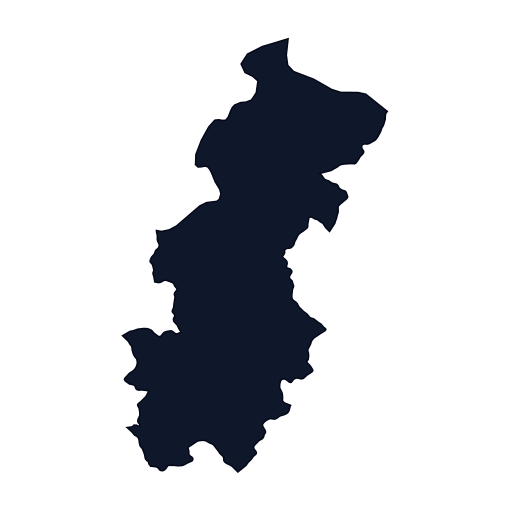 outline of Raški, rotated 175°
{"feature_id": "SRB-834", "entity_name": "Raški", "entity_type": "District", "adm_level": 1, "iso_a3": "SRB", "parent_name": "Republic of Serbia", "parent_adm1": "", "projection": "equal_earth", "projection_center": [20.586, 43.343], "detail": "fine", "context": "isolated", "style": "filled", "palette": "ink", "viewbox_px": 512, "rotation_deg": 175, "n_neighbors": 0, "source": "natural_earth", "source_scale": "10m", "svg_char_len": 6057}
<svg xmlns="http://www.w3.org/2000/svg" viewBox="0 0 512 512"><g transform="rotate(175 256 256)"><path d="M353.0,290.1L348.1,288.7L340.2,289.6L332.5,292.9L307.6,310.8L300.6,313.5L290.2,313.9L287.6,315.7L285.5,321.1L286.3,325.7L290.2,333.5L292.9,342.5L294.6,346.5L296.5,349.2L299.3,350.0L302.8,349.6L306.0,349.7L308.3,352.3L307.0,362.4L300.3,376.1L291.8,388.7L285.2,394.9L281.3,395.0L277.7,394.0L274.3,393.9L271.5,396.8L268.4,403.1L266.7,405.9L264.2,408.2L258.0,410.2L252.4,410.2L246.9,411.8L241.5,418.6L238.8,430.3L243.8,435.5L250.9,439.7L254.1,448.6L246.9,457.9L231.5,464.1L205.1,469.6L208.3,453.5L207.8,443.2L202.5,436.5L183.0,427.0L166.3,415.4L157.2,411.6L140.1,410.0L132.5,407.6L112.6,388.6L113.9,387.2L114.4,386.3L114.8,385.2L115.4,380.8L117.3,375.9L118.0,374.6L119.6,372.4L120.8,369.5L122.1,367.4L124.1,364.4L125.8,362.3L127.3,361.0L132.6,358.5L133.6,358.1L135.1,357.8L138.8,358.2L140.5,357.4L141.1,356.3L141.2,354.6L141.0,353.7L139.6,350.9L139.6,350.2L139.9,349.4L141.1,348.0L143.5,346.1L145.0,343.9L148.1,340.1L148.8,339.6L149.9,339.3L153.6,339.8L157.4,339.9L161.2,339.9L163.7,339.6L165.1,339.0L167.5,337.5L170.5,336.2L173.8,334.6L185.2,332.7L183.3,330.4L181.2,326.7L180.4,326.0L176.9,324.4L174.5,322.4L173.9,322.0L169.8,320.6L169.0,320.0L168.4,319.2L167.4,316.7L166.6,315.7L165.0,314.4L161.5,312.9L161.0,312.3L160.6,311.5L159.5,307.2L159.8,306.2L160.7,305.1L167.9,300.1L169.6,298.6L170.0,297.5L170.2,293.4L170.4,292.3L171.7,289.1L172.5,286.5L173.7,284.1L174.7,281.6L180.6,274.0L183.9,277.9L185.1,280.0L186.2,282.2L186.8,283.0L188.8,284.3L191.1,286.5L191.7,286.9L194.3,287.9L196.9,289.8L198.4,290.0L199.3,290.0L199.9,289.7L201.6,283.6L201.9,280.7L202.7,279.4L207.0,276.6L210.4,274.8L212.0,273.3L212.9,272.2L214.3,269.6L216.0,267.3L217.2,264.2L217.7,263.5L218.9,262.2L220.4,261.2L221.2,260.9L224.6,260.9L225.2,260.7L226.4,259.9L226.8,259.5L227.1,258.8L227.1,257.2L227.2,256.5L228.3,254.8L229.4,253.6L229.6,252.7L228.8,251.5L227.2,250.1L225.8,248.1L225.6,247.2L225.6,245.7L226.4,243.2L226.7,241.7L223.3,240.3L222.1,238.9L221.6,237.8L221.7,237.0L222.1,236.1L224.0,233.6L224.5,232.7L224.6,231.9L224.5,231.1L224.1,230.2L222.1,227.8L221.7,225.1L221.1,223.0L221.4,221.8L222.4,220.0L222.7,218.9L223.7,214.1L223.9,211.8L223.7,210.7L223.4,209.6L222.4,208.3L220.5,206.7L219.2,205.2L218.2,202.7L217.6,201.4L213.4,196.5L210.1,193.6L208.1,190.5L206.9,189.5L203.9,188.3L199.6,184.3L197.1,182.4L195.2,179.6L192.9,177.3L192.8,176.9L193.0,176.3L194.1,175.3L199.0,172.9L205.0,169.6L206.6,168.3L208.3,166.2L209.3,163.6L212.5,158.4L212.6,156.6L212.2,154.2L212.3,151.7L213.1,148.1L213.6,147.9L214.1,147.3L214.4,146.6L214.4,145.8L214.3,145.1L212.8,143.5L211.3,141.4L209.5,137.9L209.4,137.1L209.7,136.3L210.4,135.7L212.3,134.6L215.6,132.9L219.1,130.2L219.7,129.9L221.3,129.6L222.2,129.8L224.9,130.7L226.0,130.9L227.2,130.8L229.4,129.8L231.3,127.6L231.9,127.1L232.5,127.0L233.8,127.4L236.6,130.1L238.2,130.9L239.3,131.1L240.5,130.9L241.3,130.5L241.9,130.0L242.4,129.3L243.5,126.4L243.9,123.1L243.8,122.2L242.2,118.1L241.8,116.4L241.8,113.0L242.2,109.8L242.0,108.9L240.9,107.6L240.1,107.0L234.5,104.2L235.2,103.0L236.7,98.8L238.1,97.1L239.4,96.3L241.6,95.5L246.3,94.5L249.3,92.6L250.6,92.1L252.1,91.9L255.5,92.7L256.4,92.7L259.2,91.8L260.5,91.1L262.8,89.4L263.9,88.1L264.2,87.3L264.3,86.5L263.6,84.6L262.1,81.5L261.8,80.1L262.0,79.2L263.5,77.2L264.2,75.1L265.1,73.9L266.1,73.2L269.2,71.8L274.0,67.6L274.8,66.5L275.1,65.0L274.9,64.2L272.9,60.9L272.8,60.1L272.9,59.3L273.3,58.7L276.5,56.3L278.5,53.8L281.7,51.2L284.3,48.2L292.9,42.4L297.8,48.3L299.5,49.7L303.6,52.1L305.1,53.5L305.7,54.5L305.9,55.4L305.8,57.4L306.1,58.8L306.4,59.4L309.1,62.4L310.4,64.8L314.8,71.6L316.2,72.7L318.5,73.8L322.1,76.3L324.8,77.0L328.4,77.0L330.8,76.6L337.1,73.0L339.3,72.0L340.2,71.2L340.4,70.1L339.9,67.3L340.2,64.3L339.5,63.0L337.2,61.0L336.7,60.2L336.6,59.4L336.7,58.6L337.2,57.8L337.9,57.3L342.1,55.9L346.1,54.1L348.1,53.7L351.9,53.8L355.5,54.5L361.3,55.1L362.5,54.4L364.3,52.1L365.4,51.1L367.3,50.3L368.1,50.2L369.5,50.6L370.4,51.1L372.2,53.7L373.0,54.3L374.6,54.9L379.4,55.8L379.6,56.6L380.3,57.3L380.7,58.0L380.9,58.7L381.0,59.9L381.2,60.6L382.7,61.8L383.9,63.8L384.3,68.0L385.7,73.2L386.3,74.5L387.5,76.1L388.1,77.4L388.4,79.6L388.6,83.0L388.7,84.0L389.2,85.3L390.2,86.5L392.7,88.3L394.9,91.5L399.4,96.4L394.2,96.6L392.3,98.2L389.7,97.9L388.4,96.9L386.6,96.9L386.4,97.6L386.5,98.3L387.8,100.2L388.1,101.1L388.1,102.1L388.0,103.0L387.5,104.0L385.9,106.7L385.6,107.7L385.4,109.9L385.5,112.1L385.7,114.3L386.9,117.5L386.9,118.2L386.1,119.2L383.2,121.1L378.1,125.4L377.2,126.6L374.5,131.0L381.2,132.5L384.5,132.6L385.8,133.0L386.5,133.5L387.1,134.2L387.8,136.8L388.7,137.9L390.0,138.6L393.2,139.5L396.7,142.5L397.3,143.2L397.7,144.0L397.8,144.7L397.4,145.5L393.1,149.5L392.3,150.2L388.4,152.3L386.3,154.1L385.0,155.9L384.1,157.9L383.6,159.6L383.5,160.8L383.7,163.0L384.0,164.1L385.7,166.6L386.5,168.3L387.4,172.2L387.6,174.0L387.5,176.0L387.9,177.2L389.4,179.4L390.4,181.8L391.1,182.7L395.9,188.2L388.5,191.7L387.5,192.0L384.9,192.2L380.3,193.4L374.4,193.6L371.0,193.2L368.9,192.4L367.1,191.4L365.9,190.3L364.6,188.3L363.8,187.6L361.2,185.2L360.4,184.5L359.6,184.2L358.3,184.2L357.6,184.6L354.8,187.4L354.0,188.0L351.7,188.6L348.1,188.9L346.8,188.8L345.6,188.1L343.1,185.7L341.8,185.3L339.7,185.8L337.2,186.8L339.0,190.0L340.5,194.0L343.2,197.5L343.7,198.4L343.8,200.1L343.4,201.4L342.3,202.9L342.1,204.0L342.4,204.8L344.1,207.4L344.2,208.1L344.1,208.9L342.7,211.6L342.4,212.5L341.7,216.3L340.3,221.9L340.3,222.8L340.7,224.6L340.6,225.5L340.1,226.6L337.7,229.2L337.5,229.9L337.6,230.3L339.4,232.9L340.3,235.2L341.3,236.7L347.0,239.4L347.9,239.7L349.2,239.8L350.3,239.5L352.9,238.3L354.5,238.0L355.6,238.0L359.1,239.0L359.5,243.9L360.2,247.5L359.9,248.7L359.1,250.3L359.1,251.6L359.7,255.6L360.0,256.6L361.7,259.0L361.9,259.5L362.0,260.2L361.4,261.7L360.4,263.6L359.7,264.4L357.4,266.5L356.7,267.7L355.6,270.0L355.2,270.5L352.6,272.4L351.5,274.5L351.5,276.2L352.7,279.4L352.8,280.3L352.9,281.2L352.5,285.1L353.0,288.2L353.0,290.1Z" fill="#0f172a" stroke="#020617" stroke-width="1.5"/></g></svg>